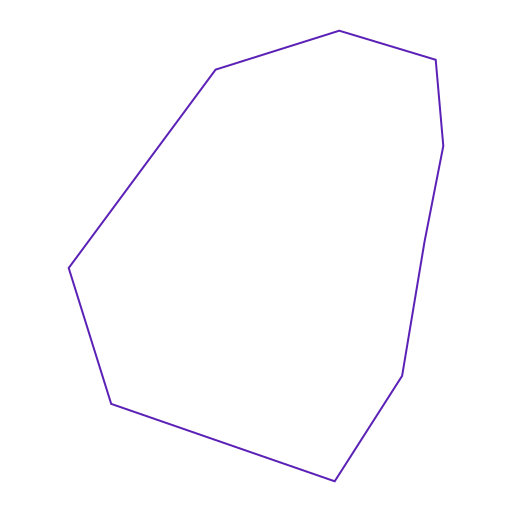 the border of Rezekne
{"feature_id": "LVA-4851", "entity_name": "Rezekne", "entity_type": "Republican City", "adm_level": 1, "iso_a3": "LVA", "parent_name": "Latvia", "parent_adm1": "", "projection": "robinson", "projection_center": [27.333, 56.518], "detail": "fine", "context": "isolated", "style": "outline", "palette": "violet", "viewbox_px": 512, "rotation_deg": 0, "n_neighbors": 0, "source": "natural_earth", "source_scale": "10m", "svg_char_len": 242}
<svg xmlns="http://www.w3.org/2000/svg" viewBox="0 0 512 512"><path d="M339.2,30.7L435.7,59.8L443.3,146.0L424.5,241.8L402.1,375.9L334.7,481.3L111.2,403.9L68.7,268.0L215.6,69.6L339.2,30.7Z" fill="none" stroke="#5b21b6" stroke-width="2"/></svg>